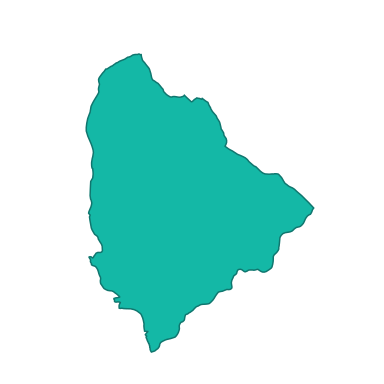 Pinchote, Santander, Colombia, rotated 167°
{"feature_id": "7082276B63332644683042", "entity_name": "Pinchote", "entity_type": "district", "adm_level": 2, "iso_a3": "COL", "parent_name": "Colombia", "parent_adm1": "Santander", "projection": "natural_earth1", "projection_center": [-73.171, 6.512], "detail": "fine", "context": "isolated", "style": "filled", "palette": "teal", "viewbox_px": 384, "rotation_deg": 167, "n_neighbors": 0, "source": "geoboundaries", "source_scale": "gbopen_adm2", "svg_char_len": 5970}
<svg xmlns="http://www.w3.org/2000/svg" viewBox="0 0 384 384"><g transform="rotate(167 192 192)"><path d="M77.0,149.0L77.5,149.9L80.5,155.1L83.8,160.3L85.9,163.7L89.1,168.0L90.2,169.6L91.5,171.6L93.1,173.3L94.7,174.5L96.0,175.5L97.1,176.7L98.1,178.1L99.1,179.1L99.4,179.5L100.3,182.0L100.8,183.8L101.5,186.0L102.6,187.9L103.5,189.5L104.0,190.1L105.2,190.6L107.3,191.2L108.5,191.2L110.0,191.6L112.9,192.0L116.8,193.2L118.4,194.3L119.5,195.4L120.7,196.9L122.7,200.1L124.2,202.4L125.2,202.9L126.6,204.5L127.6,205.9L129.7,208.8L130.8,211.2L132.4,213.3L134.0,214.7L136.6,216.7L139.1,218.4L143.4,222.9L145.3,224.5L146.8,225.9L148.3,227.7L149.1,228.6L149.5,229.2L149.1,229.7L148.4,230.5L147.2,232.4L146.7,234.3L146.7,236.3L148.1,239.9L147.9,242.5L148.8,245.4L149.1,246.1L149.4,246.6L149.3,248.5L149.3,251.8L149.4,253.8L149.9,255.5L150.9,258.2L151.3,260.7L154.0,265.8L155.0,268.9L155.0,270.0L155.9,272.7L156.3,275.7L158.1,277.4L161.0,280.9L161.7,280.2L163.9,281.6L165.2,282.0L166.1,282.6L168.0,281.8L168.7,281.7L171.3,280.1L172.0,280.0L172.5,280.2L175.9,285.2L177.7,288.0L178.1,287.6L179.1,287.2L181.5,287.0L183.2,287.2L187.1,288.8L189.0,289.3L190.3,289.1L191.9,289.6L193.8,291.4L195.0,292.8L197.1,296.4L197.0,297.5L197.2,298.8L198.0,300.2L199.2,302.7L200.6,305.4L202.0,306.7L202.6,307.4L203.5,308.5L205.0,309.9L205.2,310.6L205.5,311.4L205.6,312.9L205.5,316.9L205.8,320.8L206.0,321.9L206.5,323.2L207.0,324.1L208.4,327.0L209.0,328.5L210.3,330.8L210.6,331.7L210.8,334.9L210.7,336.5L210.6,337.3L211.5,337.4L212.1,338.1L212.7,338.4L213.4,338.4L214.0,338.2L214.7,338.4L216.7,338.8L218.9,338.8L221.4,337.9L222.9,337.7L224.3,337.8L227.8,336.5L230.6,336.1L233.2,335.7L235.6,334.8L236.8,334.8L237.8,334.3L239.6,333.6L241.2,332.8L242.4,332.7L244.4,332.0L246.2,331.3L247.3,331.0L248.3,331.2L249.5,330.2L250.4,329.3L252.2,328.1L253.2,327.3L256.3,324.6L257.1,323.7L257.8,322.4L258.0,320.3L257.9,318.8L257.9,317.8L258.3,316.9L258.8,316.0L259.7,314.2L260.1,312.7L260.2,310.6L260.7,309.7L261.8,308.4L263.1,307.0L264.8,305.3L267.4,302.6L268.9,300.9L270.9,298.4L271.1,298.1L271.9,296.2L272.2,295.4L272.8,294.0L273.3,292.7L274.0,291.7L275.4,289.6L277.1,287.0L279.1,282.6L280.5,278.7L281.3,275.2L280.9,269.7L279.5,262.0L279.1,258.9L278.9,255.1L279.2,252.6L280.6,249.1L281.7,247.0L283.1,243.6L283.4,242.5L283.9,240.0L284.0,238.4L283.9,237.5L283.5,237.2L283.9,233.8L284.3,231.7L285.5,228.2L286.3,227.2L288.3,225.1L289.4,221.3L290.5,217.4L291.1,215.1L292.1,211.4L292.4,208.0L292.1,206.6L292.1,205.3L292.1,203.9L292.7,202.4L293.6,200.6L296.8,196.1L297.5,194.7L297.3,194.0L296.6,192.9L296.6,192.1L297.5,190.8L297.8,187.1L298.0,183.4L298.2,179.6L297.8,177.3L296.9,174.3L296.4,172.7L294.7,170.8L294.0,169.6L293.8,168.5L293.9,167.2L293.7,166.7L292.8,163.8L292.2,162.3L291.9,161.1L291.7,159.5L292.5,154.9L293.6,153.8L295.1,153.7L296.4,154.1L297.6,154.3L299.3,153.9L300.4,152.8L301.8,151.7L302.7,150.6L303.6,150.1L304.1,150.6L304.6,151.3L305.9,151.9L306.9,151.8L307.0,151.4L306.2,149.1L306.2,148.3L306.6,147.3L306.6,146.6L306.4,145.7L306.1,145.0L306.1,144.6L306.3,143.8L305.7,143.0L304.8,142.4L303.7,141.8L302.7,141.0L301.8,139.0L301.4,137.6L301.2,135.9L301.1,133.4L300.8,131.1L300.4,129.9L300.5,128.0L301.3,126.1L301.6,124.0L301.5,122.9L301.2,122.3L300.1,119.3L299.4,117.7L298.1,116.5L296.3,115.1L294.3,114.3L292.6,113.8L291.0,112.7L289.6,110.9L288.4,109.6L287.1,107.8L286.1,106.4L286.2,105.9L287.9,105.8L288.5,105.8L290.3,106.0L292.0,105.8L292.2,105.2L291.8,104.6L291.9,103.8L292.1,102.9L291.7,102.2L290.8,101.8L289.0,101.6L287.7,101.2L286.7,100.5L286.8,100.1L287.3,99.7L288.1,98.7L288.7,97.4L289.1,95.2L288.8,95.0L288.1,94.7L286.6,94.6L284.8,93.8L282.4,93.1L278.1,92.0L274.8,90.4L272.4,88.5L269.7,85.3L269.1,84.2L268.4,80.5L268.3,77.7L268.4,74.3L269.0,72.4L269.3,70.2L269.5,67.1L269.3,67.1L268.9,66.9L267.8,66.4L267.1,66.2L266.5,66.1L266.5,65.9L267.7,65.0L269.4,63.7L269.6,63.4L269.1,62.6L268.6,61.8L268.7,61.6L268.8,61.4L269.1,61.3L269.3,61.1L269.4,60.9L269.4,60.6L269.3,59.7L269.1,59.3L269.2,59.0L268.9,58.3L269.0,57.5L269.0,57.2L268.7,56.5L268.7,56.2L268.6,55.8L268.5,55.4L268.4,54.9L268.3,54.2L268.1,54.0L268.0,53.8L268.1,53.7L268.0,53.1L268.0,52.2L267.9,51.8L267.8,51.5L267.9,51.2L268.0,50.9L268.1,50.5L268.1,49.9L268.0,49.4L268.0,48.9L268.1,48.6L268.2,48.0L268.1,47.0L268.1,46.8L268.1,46.7L267.6,45.2L266.0,45.3L264.0,45.5L262.2,46.4L260.5,47.1L259.1,48.3L258.5,49.1L258.0,50.0L257.7,50.9L256.8,52.0L255.7,52.7L254.4,53.1L251.6,53.8L249.8,54.0L245.7,54.0L241.2,54.4L239.6,55.4L238.1,56.8L236.9,58.2L235.5,60.5L235.0,61.7L234.7,63.8L234.4,64.9L233.4,66.3L232.6,67.1L231.7,67.6L230.3,67.7L228.7,68.6L228.1,69.3L227.3,71.3L226.7,72.6L226.0,73.7L225.1,74.1L224.0,74.1L223.1,74.4L222.2,74.9L220.9,75.2L219.0,76.0L217.8,76.5L215.7,78.0L213.5,79.3L211.7,79.5L210.4,79.9L208.8,80.3L207.0,80.2L205.4,79.9L203.5,79.6L201.8,79.4L200.5,79.4L199.5,79.8L198.4,80.4L196.7,81.5L195.7,82.2L194.1,83.7L192.8,85.1L191.3,86.5L190.0,87.6L188.8,88.5L187.7,88.6L186.4,88.6L184.5,88.5L182.1,88.9L179.9,89.2L178.5,88.7L177.0,88.5L175.8,88.8L174.8,89.5L174.5,90.3L174.4,91.0L174.3,92.6L174.1,94.7L173.3,96.5L172.7,97.5L171.5,99.0L170.9,99.9L170.0,101.0L167.8,101.9L166.9,102.6L165.9,104.5L165.1,105.5L164.0,106.0L162.4,105.9L161.1,105.2L160.4,104.5L159.2,103.0L158.3,102.3L157.4,102.3L156.6,102.5L155.7,102.6L154.8,103.1L153.8,103.1L152.2,102.8L150.9,102.5L149.3,101.9L147.9,101.8L146.8,101.9L145.5,101.9L144.8,101.5L144.2,100.7L142.4,98.9L141.2,98.1L139.6,97.7L137.6,97.8L133.7,99.2L131.8,100.1L130.9,101.0L130.4,102.0L129.6,103.5L128.7,105.7L128.2,107.3L127.7,109.2L127.4,110.6L126.6,111.8L125.6,112.6L124.8,113.0L123.0,114.1L121.3,115.6L120.3,116.8L119.9,118.6L119.3,119.8L118.2,122.9L116.6,127.8L114.9,129.7L112.8,131.0L110.4,131.4L107.6,131.2L105.4,131.1L103.4,131.4L101.7,132.3L100.5,133.1L98.2,134.0L95.0,134.0L93.8,134.3L92.2,135.2L90.6,136.4L89.4,137.8L87.7,140.1L86.6,141.3L84.9,142.7L83.2,143.4L81.6,143.7L80.4,144.9L79.7,145.8L78.6,147.6L77.0,149.0Z" fill="#14b8a6" stroke="#0f766e" stroke-width="1.5"/></g></svg>